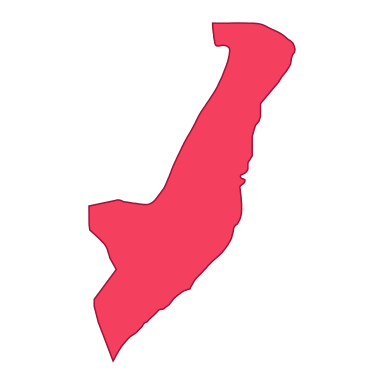 Nati', Al Bayda', Yemen (orthographic projection)
{"feature_id": "15242507B51557666361412", "entity_name": "Nati'", "entity_type": "district", "adm_level": 2, "iso_a3": "YEM", "parent_name": "Yemen", "parent_adm1": "Al Bayda'", "projection": "orthographic", "projection_center": [45.582, 14.537], "detail": "fine", "context": "isolated", "style": "filled", "palette": "rose", "viewbox_px": 384, "rotation_deg": 0, "n_neighbors": 0, "source": "geoboundaries", "source_scale": "gbopen_adm2", "svg_char_len": 4877}
<svg xmlns="http://www.w3.org/2000/svg" viewBox="0 0 384 384"><path d="M101.4,240.9L104.3,243.9L106.0,246.5L106.5,247.5L107.2,248.9L107.9,251.2L108.1,251.9L108.4,252.9L109.5,256.3L109.7,257.7L116.3,269.5L94.4,299.1L94.2,299.4L94.2,303.8L94.2,306.1L98.3,322.3L99.0,324.0L104.7,338.9L113.1,361.0L113.7,360.0L114.4,358.7L115.1,357.3L116.1,355.5L116.9,354.1L117.7,352.6L118.7,351.0L119.5,349.6L120.4,348.2L121.4,346.7L122.5,345.2L123.6,343.9L124.8,342.5L125.9,341.2L127.1,339.9L128.4,338.4L129.9,336.9L131.2,335.9L132.5,335.1L134.2,334.0L135.5,333.1L136.8,332.1L138.0,330.7L139.1,329.6L140.3,328.3L141.5,327.2L142.5,325.9L143.3,324.3L144.5,322.8L145.9,322.4L147.3,321.6L148.3,320.5L149.4,319.2L150.6,318.1L151.7,317.0L153.0,315.9L154.2,314.8L155.4,313.6L156.5,312.5L157.8,311.0L157.9,310.9L158.9,309.9L160.6,309.3L162.1,309.3L163.8,308.8L165.0,307.7L166.4,306.6L167.8,305.6L169.1,304.7L169.9,303.5L170.9,302.3L172.2,300.7L173.1,299.5L174.4,298.0L175.7,296.9L177.0,295.8L178.2,294.8L179.5,293.9L180.8,292.9L182.1,291.9L183.4,291.1L184.8,290.5L186.2,290.1L187.7,289.5L189.3,289.1L190.0,289.0L190.0,288.7L190.7,287.2L191.4,285.9L192.2,284.5L193.0,283.0L193.8,281.6L194.7,280.2L195.7,278.9L197.0,277.4L198.2,276.2L199.5,274.9L200.5,273.9L201.6,272.8L202.9,271.4L204.0,270.2L205.2,269.0L205.5,268.7L206.7,267.4L207.9,265.8L209.3,264.4L210.5,263.2L211.5,262.1L212.7,261.0L214.3,259.6L215.9,258.2L217.4,256.9L218.7,255.8L219.8,254.7L221.2,253.4L222.4,252.2L223.5,250.7L224.5,249.4L224.9,249.0L225.5,248.1L226.6,246.6L227.5,245.3L228.4,243.9L229.2,242.4L230.2,240.8L230.9,239.4L231.6,237.9L232.0,236.1L232.4,234.4L232.9,232.9L233.3,231.3L233.4,229.7L233.7,228.1L234.5,226.5L235.7,225.1L237.0,224.3L238.0,222.9L238.7,221.5L239.5,220.1L240.1,218.7L240.6,216.9L241.1,215.0L241.4,213.5L241.5,211.8L241.6,210.2L241.6,208.8L241.6,208.5L241.6,206.4L241.6,204.5L241.5,203.0L241.4,201.3L241.2,199.7L241.1,197.9L240.9,195.9L240.7,194.2L240.5,192.4L240.3,190.9L240.2,189.3L239.8,187.5L240.3,186.0L241.4,185.0L242.8,184.1L244.0,183.1L244.8,181.6L245.0,179.9L243.6,179.0L242.1,178.6L240.7,177.8L240.3,176.3L240.9,174.9L242.4,174.4L243.8,173.7L244.2,173.5L245.1,172.9L246.3,171.9L247.3,170.6L247.9,169.1L247.9,167.5L247.9,165.9L247.9,164.1L248.0,162.8L248.0,162.6L252.2,155.9L252.2,136.4L253.9,130.4L255.5,125.3L259.0,121.1L260.5,116.4L260.5,108.6L260.5,103.7L261.6,102.3L274.4,87.0L276.5,84.6L278.5,82.2L280.0,79.7L281.7,77.0L283.5,74.6L285.5,72.3L285.6,72.2L287.4,69.6L289.1,66.8L290.6,63.9L291.1,60.9L291.5,57.8L292.6,54.7L294.5,52.3L295.0,49.2L294.3,46.3L292.9,43.1L290.7,41.0L288.0,39.3L285.5,37.1L283.0,35.1L280.3,33.3L280.1,33.3L279.3,32.8L276.8,31.5L273.5,30.0L270.8,28.8L268.0,27.4L266.3,26.4L263.7,25.2L261.8,24.5L260.8,24.2L257.6,23.6L254.6,23.3L251.3,23.2L248.3,23.2L245.3,23.1L241.8,23.1L238.8,23.0L235.2,23.0L233.7,23.1L231.7,23.1L228.6,23.2L225.3,23.2L222.2,23.2L219.2,23.2L216.2,23.2L212.6,23.1L212.6,23.8L212.8,27.9L213.0,29.6L213.2,31.3L213.4,33.0L213.7,34.5L213.8,36.5L214.0,38.3L214.3,39.8L214.7,41.7L214.9,43.2L215.1,44.0L215.4,44.7L216.5,45.8L217.5,45.9L218.1,46.0L219.1,45.9L219.6,45.8L221.2,45.5L222.8,45.3L224.3,45.4L226.0,45.7L227.5,46.5L228.9,47.4L229.5,48.8L229.6,49.9L229.7,50.3L229.6,51.8L229.4,53.5L229.2,55.2L228.8,56.8L228.8,57.0L228.4,58.7L228.0,60.3L227.7,61.5L227.6,61.8L227.2,63.1L227.1,63.5L226.8,64.0L226.5,65.1L225.8,67.0L225.3,68.4L224.6,70.0L224.0,71.6L223.6,72.7L223.4,73.2L222.9,74.6L222.2,76.3L221.5,77.9L220.8,79.4L220.0,81.0L219.3,82.4L218.5,84.2L217.8,85.7L217.3,86.7L217.1,87.3L216.3,88.6L215.4,90.2L214.5,91.7L213.7,93.0L213.3,93.7L212.6,94.6L211.5,96.4L210.4,98.0L209.5,99.4L208.7,100.7L207.8,101.9L206.7,103.5L205.5,105.4L204.7,106.7L203.7,107.9L202.8,109.3L202.1,110.4L201.7,110.9L200.8,112.3L199.9,113.9L199.0,115.5L198.0,117.3L197.2,119.0L196.5,120.3L195.7,122.0L195.0,123.5L194.0,125.3L193.3,126.7L192.4,128.3L191.7,129.6L191.6,129.9L190.6,131.6L189.6,133.4L188.5,135.2L187.7,136.5L186.8,138.1L185.8,139.9L185.0,141.4L184.3,142.6L184.2,142.9L183.4,144.5L182.5,146.2L181.8,147.7L181.0,149.5L180.1,151.3L179.1,153.4L178.1,155.3L177.1,157.5L176.1,159.7L175.3,161.4L174.5,163.1L173.8,164.7L173.8,164.8L173.1,166.3L172.4,168.0L171.7,169.7L171.2,171.2L170.5,173.0L169.8,174.7L169.1,176.7L168.9,177.1L168.1,178.8L167.3,180.8L166.6,182.5L165.9,184.2L165.0,186.1L164.2,187.7L163.2,189.3L162.6,190.1L162.1,190.7L161.1,192.1L160.2,193.4L159.1,194.8L158.1,196.1L157.1,197.5L156.1,198.8L155.0,200.1L153.6,201.5L152.1,202.6L150.7,203.4L149.0,204.2L147.6,204.5L145.9,204.6L144.4,204.5L142.6,204.4L141.0,204.2L139.5,204.1L139.3,204.0L137.9,203.8L136.5,203.5L135.0,203.4L132.9,203.2L131.4,202.9L129.1,202.5L126.9,202.1L125.3,202.0L123.4,201.7L121.3,200.6L119.5,200.1L117.5,199.9L115.7,200.4L89.0,206.0L89.1,223.7L89.1,224.6L89.8,230.0L93.1,233.0L94.9,234.6L96.3,235.9L100.4,239.8L101.3,240.8L101.4,240.9Z" fill="#f43f5e" stroke="#9f1239" stroke-width="1.5"/></svg>